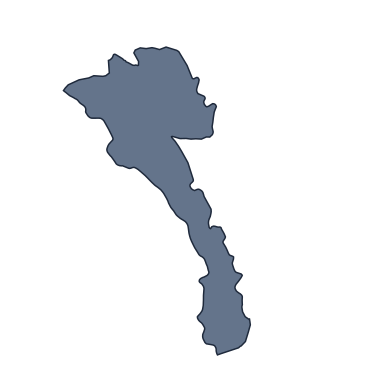 outline of Ayutla, San Marcos, Guatemala, rotated 330°
{"feature_id": "79465075B23985435861738", "entity_name": "Ayutla", "entity_type": "district", "adm_level": 2, "iso_a3": "GTM", "parent_name": "Guatemala", "parent_adm1": "San Marcos", "projection": "equal_earth", "projection_center": [-92.138, 14.706], "detail": "fine", "context": "isolated", "style": "filled", "palette": "slate", "viewbox_px": 384, "rotation_deg": 330, "n_neighbors": 0, "source": "geoboundaries", "source_scale": "gbopen_adm2", "svg_char_len": 4995}
<svg xmlns="http://www.w3.org/2000/svg" viewBox="0 0 384 384"><g transform="rotate(330 192 192)"><path d="M250.7,63.8L249.6,61.7L242.0,53.5L235.1,52.4L231.8,49.0L229.5,47.0L224.0,44.9L219.2,41.3L213.8,40.7L211.2,42.5L211.0,52.2L209.0,55.4L208.3,55.4L206.8,53.9L205.6,53.6L204.1,52.6L201.4,48.1L200.0,46.3L200.0,45.0L199.0,43.9L198.5,41.9L195.1,35.6L194.1,34.1L192.8,33.8L190.2,35.8L187.4,36.6L185.4,36.3L179.9,47.6L175.5,48.2L172.7,47.3L165.1,42.2L159.6,41.6L150.3,38.4L138.4,37.3L134.2,38.6L131.4,39.9L131.8,41.1L132.4,42.4L134.2,47.3L135.7,49.6L136.7,51.2L137.4,52.6L138.1,53.6L138.7,54.7L138.9,55.4L139.1,56.5L139.2,57.4L139.4,58.5L139.7,59.4L140.0,60.1L141.3,62.8L141.6,63.8L141.8,64.7L141.8,65.6L141.7,66.4L141.2,67.6L140.5,68.7L140.0,69.3L139.8,70.3L139.9,73.0L140.0,74.1L140.2,74.9L140.7,76.2L141.1,76.9L141.9,77.8L145.7,80.0L147.5,81.0L148.8,81.8L149.9,82.7L150.7,84.2L151.1,85.3L151.3,86.4L151.3,88.4L151.2,95.6L150.8,102.6L150.7,103.6L150.6,104.9L150.4,105.9L150.1,106.6L149.2,107.4L148.5,107.6L147.1,108.0L144.3,108.9L143.5,109.3L142.2,110.1L140.1,111.9L139.3,113.0L139.0,114.0L138.8,114.8L138.8,115.6L138.9,116.8L139.1,118.2L139.3,119.5L139.8,121.3L139.9,122.4L140.3,126.9L140.4,128.5L140.4,129.5L140.6,130.2L141.0,131.1L141.4,131.7L142.0,132.4L142.4,132.9L143.5,133.7L144.2,134.2L144.9,134.5L145.9,135.8L148.8,139.5L149.6,140.3L150.9,140.8L151.6,140.9L152.3,141.0L153.4,141.3L154.1,141.7L154.7,142.3L155.2,143.0L155.9,144.2L156.6,145.5L159.7,154.4L160.3,156.7L162.1,163.8L162.7,165.8L163.1,167.2L163.6,168.5L164.7,170.8L166.1,174.5L166.4,176.2L166.6,177.2L166.8,179.2L166.8,180.6L166.8,182.0L166.8,184.6L166.7,186.4L166.6,187.8L166.2,189.8L166.1,191.6L166.0,193.9L166.0,195.0L166.2,196.4L166.7,199.3L166.8,201.7L166.9,203.6L167.1,204.6L167.5,205.9L168.0,207.2L168.3,208.1L168.8,209.3L170.2,211.8L171.1,213.5L171.5,214.5L171.8,216.3L171.8,217.5L171.7,218.7L171.4,219.8L170.9,221.1L168.8,226.2L168.0,228.9L167.4,231.4L167.0,234.3L166.7,238.3L166.5,241.6L166.7,246.9L166.7,249.0L166.8,250.1L167.3,251.5L168.5,253.4L168.8,254.3L169.0,255.0L169.2,255.9L169.1,257.3L168.8,259.3L168.4,261.3L168.1,264.1L166.9,268.1L166.7,269.4L166.3,270.3L165.3,271.1L164.6,271.4L163.9,271.7L163.2,271.8L161.1,271.7L160.1,271.7L158.8,271.4L157.3,271.3L156.2,271.3L155.0,271.6L154.3,272.0L153.6,272.9L153.5,273.7L153.8,274.9L154.2,275.7L154.5,276.4L154.6,277.4L154.7,278.5L154.7,279.6L154.5,280.4L154.2,281.4L153.8,282.1L150.3,287.2L147.9,291.3L145.0,295.9L143.7,297.5L142.4,299.0L141.6,299.7L140.6,300.3L138.9,301.1L137.7,301.6L136.6,301.9L135.6,302.2L134.8,302.5L134.2,302.8L133.7,304.1L133.6,305.5L133.7,306.7L133.9,307.6L134.4,309.1L134.8,309.9L135.0,311.1L135.1,311.9L135.1,314.7L135.0,316.0L134.4,317.1L132.2,319.1L130.5,320.4L129.9,321.0L128.9,322.6L128.4,324.0L128.2,325.1L128.0,328.7L128.2,329.6L128.6,330.7L132.1,333.6L133.4,334.7L134.2,335.6L134.7,336.5L134.8,337.7L134.7,339.1L134.3,340.3L133.7,341.3L133.3,342.2L133.0,343.2L132.7,344.5L132.6,345.8L136.4,346.5L154.4,350.2L156.7,349.7L157.6,349.9L163.5,348.2L170.8,341.4L176.1,336.2L177.7,332.3L177.8,331.4L177.9,330.9L178.2,331.0L178.3,330.7L177.5,330.4L175.7,326.6L175.9,321.1L177.5,316.9L178.2,315.8L179.3,314.7L179.6,314.0L181.3,310.8L183.0,308.2L183.4,307.3L183.4,306.0L182.9,304.4L182.1,302.9L181.3,301.1L180.9,299.8L181.0,297.4L181.6,295.8L182.7,294.8L183.9,294.0L187.5,292.6L191.1,291.0L192.9,290.0L193.9,289.2L193.6,287.6L190.3,283.9L189.8,283.0L189.6,282.0L189.8,279.7L190.4,276.8L190.6,275.8L191.0,274.4L191.5,273.5L194.4,270.8L195.5,269.1L195.3,268.4L194.8,267.7L193.2,265.7L192.9,265.0L192.9,263.2L193.3,260.2L193.6,256.8L193.5,251.9L193.7,251.0L194.3,250.2L197.4,248.6L198.5,247.6L198.7,246.2L198.9,244.6L199.0,242.5L199.0,239.1L199.3,237.3L198.7,236.3L198.0,236.0L197.1,235.5L196.2,234.7L195.2,233.6L194.3,232.8L193.6,232.3L192.5,232.1L191.7,232.0L191.0,232.4L189.8,233.0L189.3,232.4L189.2,231.1L190.4,227.7L191.2,226.3L192.3,224.9L193.6,223.8L195.6,222.3L197.7,220.0L198.8,218.6L199.9,216.4L200.2,202.0L200.7,200.1L201.2,197.8L201.1,196.4L200.7,195.3L199.8,193.6L198.7,192.6L197.0,192.2L195.1,192.1L194.0,190.8L193.2,189.1L193.0,187.4L193.2,185.8L193.6,185.1L194.4,184.4L195.8,183.9L197.2,183.6L198.5,183.1L199.1,182.4L199.4,181.5L203.1,164.6L203.3,152.0L203.2,145.7L202.7,139.5L201.7,134.6L202.0,133.8L202.7,134.0L203.4,134.6L208.4,139.8L213.7,142.7L217.6,145.7L221.9,147.8L226.6,150.9L231.9,151.5L234.9,153.3L238.3,152.5L239.7,151.4L240.4,150.5L240.9,149.0L241.2,147.9L241.6,146.7L242.2,145.3L245.0,141.9L247.8,138.1L251.2,133.9L253.5,132.0L255.7,130.3L255.9,129.6L256.0,128.5L255.6,127.2L254.9,126.4L254.0,125.8L249.0,126.0L247.4,125.6L246.8,124.6L246.5,122.1L247.1,119.9L248.2,118.9L249.8,117.9L250.2,117.4L250.5,116.5L250.4,115.4L249.9,114.5L249.5,114.0L246.3,109.7L246.4,108.0L246.5,107.1L246.8,106.4L247.3,105.5L247.9,104.8L249.9,102.8L252.2,100.8L253.4,99.4L254.2,98.5L254.4,97.6L254.2,95.8L253.2,95.1L250.2,94.9L249.5,94.4L249.1,93.5L251.0,80.0L250.7,63.8Z" fill="#64748b" stroke="#1e293b" stroke-width="1.5"/></g></svg>